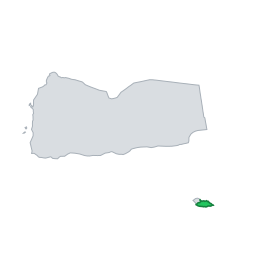 location of Hadibu, Hadramawt, Yemen, rotated 14°
{"feature_id": "15242507B399982580631", "entity_name": "Hadibu", "entity_type": "district", "adm_level": 2, "iso_a3": "YEM", "parent_name": "Yemen", "parent_adm1": "Hadramawt", "projection": "albers", "projection_center": [54.052, 12.499], "detail": "fine", "context": "in_parent", "style": "filled", "palette": "green", "viewbox_px": 256, "rotation_deg": 14, "n_neighbors": 0, "source": "geoboundaries", "source_scale": "gbopen_adm2", "svg_char_len": 4805}
<svg xmlns="http://www.w3.org/2000/svg" viewBox="0 0 256 256"><g transform="rotate(14 128 128)"><path d="M204.9,110.4L196.4,113.5L194.1,114.8L192.1,116.5L190.5,118.7L189.4,122.4L190.2,125.9L190.1,127.7L187.9,128.9L185.9,129.8L183.6,131.1L182.2,131.4L181.0,132.5L179.7,133.2L174.9,135.1L169.7,136.5L161.4,138.2L158.2,140.1L155.3,141.4L150.9,141.7L144.8,143.5L141.4,144.9L137.1,147.2L136.2,148.0L135.4,149.8L134.1,151.3L131.5,153.7L129.6,155.0L128.3,155.0L125.8,155.7L122.9,155.8L118.1,154.8L116.8,155.4L115.7,156.3L111.9,157.9L108.0,161.3L105.1,162.1L100.6,163.1L97.4,164.5L95.2,165.0L92.4,165.2L87.4,164.9L82.5,165.3L78.0,166.1L75.8,167.9L73.4,170.7L69.4,171.8L68.4,172.8L67.1,174.9L64.6,175.4L62.3,175.7L60.0,174.6L55.4,177.1L53.7,177.4L51.2,177.5L49.4,177.9L48.1,177.7L46.5,176.6L43.1,175.3L40.6,176.0L40.5,173.5L36.6,165.9L37.7,159.4L37.8,158.4L37.1,155.5L34.7,152.7L34.9,149.4L34.2,146.9L33.7,144.4L33.9,143.8L34.0,143.2L32.9,139.3L32.5,138.5L32.4,137.7L32.8,137.1L32.8,136.4L32.2,135.2L31.6,132.9L28.3,131.0L29.1,129.4L29.7,130.0L30.5,130.6L30.8,129.5L30.8,128.7L29.6,123.7L32.0,117.2L31.6,111.2L34.8,109.0L35.6,108.3L36.1,107.7L36.9,106.3L37.9,106.0L38.4,104.5L38.4,103.8L37.7,103.2L37.3,101.5L37.6,99.4L37.8,98.5L38.2,96.9L39.3,96.4L39.6,95.9L38.8,94.9L38.9,94.3L40.8,92.7L41.5,92.2L42.8,91.7L43.7,91.7L44.8,92.1L45.7,92.6L46.7,93.5L47.6,94.5L49.1,94.9L50.2,94.9L51.0,95.4L51.7,95.2L52.6,94.7L53.9,94.8L55.1,94.2L58.4,94.1L61.6,94.4L65.0,94.0L68.3,94.2L71.7,94.3L72.5,94.4L73.2,94.7L76.0,96.3L78.2,96.7L82.5,97.3L87.1,97.8L91.1,98.3L94.5,98.1L97.4,97.9L98.1,97.9L99.0,98.9L100.6,101.3L102.2,103.5L105.0,103.7L106.8,102.9L108.8,101.8L110.1,100.9L111.6,97.4L112.5,95.1L114.7,92.6L116.5,90.5L118.8,87.6L120.2,86.1L122.7,83.0L125.2,81.8L129.9,79.6L134.5,77.3L137.4,75.9L140.0,75.3L144.2,74.7L149.2,74.1L154.1,73.5L159.4,72.8L165.3,72.1L169.4,71.6L174.5,70.9L178.8,70.4L182.6,69.9L186.5,69.3L187.3,71.1L188.0,72.8L188.7,74.6L189.4,76.3L190.2,78.1L190.9,79.8L191.6,81.6L192.4,83.3L193.1,85.0L193.8,86.8L194.6,88.5L195.3,90.3L196.0,92.0L196.7,93.8L197.5,95.5L198.2,97.3L198.9,99.0L200.1,99.6L200.8,101.2L201.8,103.5L202.9,105.8L203.9,108.1L204.9,110.4ZM216.2,180.7L217.3,180.9L218.9,180.3L223.5,180.2L229.0,182.1L228.0,182.7L227.3,183.4L224.9,184.0L222.5,185.5L215.4,186.2L213.4,185.8L211.7,184.4L208.6,182.5L209.8,181.3L210.1,180.7L210.5,180.2L212.3,179.3L214.1,179.4L216.2,180.7ZM29.6,153.2L29.3,153.6L29.0,153.5L28.0,152.5L29.2,151.5L29.8,152.5L29.6,153.2ZM27.2,129.8L26.7,130.1L26.5,129.4L27.0,127.9L27.5,127.5L27.9,128.7L27.6,129.3L27.2,129.8ZM28.8,157.9L27.7,158.4L28.5,157.0L29.3,156.7L29.5,156.8L28.8,157.9Z" fill="#d9dde1" stroke="#a8b0b8" stroke-width="1"/><path d="M212.5,185.6L212.5,185.8L212.6,186.0L212.8,186.0L213.0,186.0L213.3,186.1L213.5,186.2L213.8,186.3L214.0,186.4L214.4,186.5L214.5,186.5L214.8,186.6L215.0,186.6L215.3,186.6L215.5,186.6L215.8,186.6L216.0,186.7L216.3,186.7L216.5,186.6L216.8,186.5L217.0,186.5L217.4,186.5L217.5,186.4L217.8,186.4L218.0,186.4L218.3,186.3L218.5,186.3L218.9,186.2L219.0,186.2L219.4,186.1L219.5,186.2L219.8,186.2L220.0,186.2L220.3,186.2L220.6,186.1L220.8,185.9L221.0,185.8L221.2,185.7L221.3,185.7L221.5,185.7L221.8,185.7L221.8,185.8L222.0,185.8L222.3,185.8L222.5,185.8L222.8,185.7L223.1,185.6L223.3,185.4L223.5,185.3L223.5,185.2L223.8,185.0L224.0,184.9L224.2,184.7L224.3,184.6L224.5,184.5L224.6,184.4L224.7,184.2L224.8,184.2L225.0,184.1L225.3,184.1L225.5,184.1L225.8,184.1L226.0,184.0L226.3,183.9L226.5,183.9L226.8,183.9L227.0,183.7L227.4,183.6L227.5,183.5L227.6,183.4L227.8,183.3L227.9,183.2L228.0,182.9L228.2,182.7L228.3,182.7L228.5,182.6L228.8,182.4L229.0,182.4L229.3,182.4L229.5,182.3L229.4,182.2L229.2,182.2L228.8,182.2L228.7,182.2L228.4,182.2L228.2,182.0L228.0,181.9L227.9,181.9L227.7,181.8L227.6,181.7L227.3,181.5L227.2,181.5L227.1,181.4L226.9,181.3L226.7,181.2L226.3,181.2L226.2,181.2L225.9,181.1L225.7,181.1L225.4,181.0L225.2,180.9L225.0,180.7L224.9,180.7L224.7,180.5L224.5,180.4L224.3,180.4L224.2,180.4L223.9,180.2L223.8,179.9L223.7,179.8L223.5,180.0L223.4,180.1L223.2,180.2L222.9,180.1L222.7,179.9L222.4,179.7L222.2,179.6L221.9,179.5L221.7,179.8L221.5,180.0L221.4,180.0L221.2,180.1L220.9,180.3L220.6,180.3L220.4,180.4L220.3,180.5L220.2,180.5L219.9,180.4L219.8,180.5L219.7,180.7L219.4,180.6L219.1,180.5L218.9,180.5L218.7,180.5L218.4,180.7L218.2,180.8L218.0,181.0L217.9,181.1L217.7,181.3L217.4,181.4L217.2,181.3L216.9,181.4L216.9,181.2L216.7,181.1L216.4,181.0L216.3,180.9L216.2,180.9L215.9,180.7L215.7,180.6L215.5,180.4L215.4,180.3L215.3,180.2L215.2,180.3L215.2,180.5L215.4,180.6L215.7,180.9L216.0,181.3L216.0,181.9L216.0,182.0L215.9,182.9L215.4,183.2L214.7,183.3L214.3,183.6L214.1,183.7L213.8,183.9L213.7,184.1L213.6,184.4L213.5,184.7L213.4,184.9L213.3,185.0L213.0,185.3L212.5,185.6Z" fill="#22c55e" stroke="#15803d" stroke-width="1.5"/></g></svg>